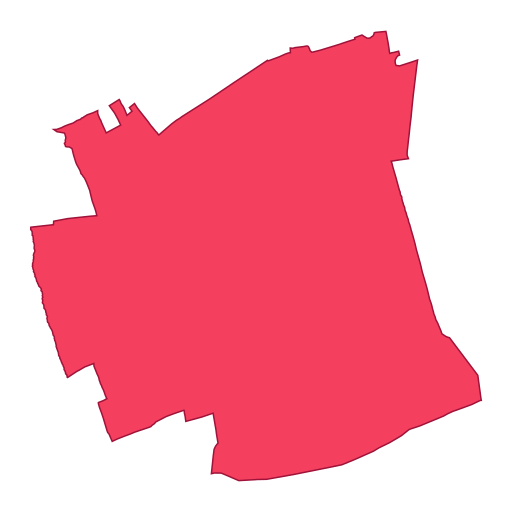 outline of Blagesti, Vaslui, Romania
{"feature_id": "2599482B88980175976939", "entity_name": "Blagesti", "entity_type": "district", "adm_level": 2, "iso_a3": "ROU", "parent_name": "Romania", "parent_adm1": "Vaslui", "projection": "orthographic", "projection_center": [27.999, 46.142], "detail": "fine", "context": "isolated", "style": "filled", "palette": "rose", "viewbox_px": 512, "rotation_deg": 0, "n_neighbors": 0, "source": "geoboundaries", "source_scale": "gbopen_adm2", "svg_char_len": 5792}
<svg xmlns="http://www.w3.org/2000/svg" viewBox="0 0 512 512"><path d="M481.3,400.4L481.1,399.5L477.8,375.3L449.5,337.7L447.7,337.2L445.8,336.4L441.9,333.8L441.1,331.3L438.4,324.9L437.8,323.3L435.9,319.8L435.0,316.5L433.9,314.1L433.4,311.7L432.6,309.1L431.7,305.2L430.7,302.0L429.7,299.4L427.3,289.4L425.6,283.2L422.2,271.7L421.1,266.8L420.2,263.2L416.4,249.7L415.0,243.6L413.8,239.2L412.7,235.1L412.2,233.7L411.8,232.0L411.2,230.3L410.6,227.6L410.1,226.3L409.9,225.1L408.7,222.0L408.2,219.4L406.9,215.9L406.0,212.5L405.0,210.2L404.7,207.6L403.5,204.8L403.2,203.4L402.7,202.0L402.2,200.3L401.8,198.5L401.8,197.1L401.5,196.2L400.8,195.4L400.3,193.8L400.2,192.6L400.0,191.6L399.4,190.3L395.9,177.4L392.9,167.2L392.0,163.5L391.2,161.2L400.2,159.8L408.5,158.7L408.4,158.3L407.9,157.4L407.1,154.9L407.2,151.3L407.7,147.2L408.4,140.7L409.3,133.0L409.9,126.8L411.0,117.8L412.1,106.2L413.2,95.7L416.9,64.9L417.6,60.0L411.1,62.2L399.3,66.0L398.5,65.7L396.1,65.5L395.3,63.4L395.1,60.8L395.6,59.1L396.7,57.2L397.8,55.8L399.6,55.1L398.6,51.2L393.5,52.5L391.6,52.8L389.8,53.4L389.4,51.9L388.9,47.9L387.9,41.7L387.3,38.8L386.7,35.3L385.9,31.4L375.3,32.4L374.2,32.8L374.1,33.6L373.5,35.1L372.6,36.3L371.4,36.8L370.8,37.6L369.1,38.2L367.0,38.1L363.6,36.1L362.0,35.0L355.1,37.5L354.6,37.8L355.0,39.2L347.4,41.6L336.9,45.1L320.2,50.2L311.9,52.3L310.4,51.0L310.0,50.4L309.5,48.9L308.7,47.2L308.2,46.4L307.3,46.0L306.5,46.0L303.4,46.6L295.0,47.6L293.8,48.0L292.1,48.3L290.8,48.0L290.2,48.0L290.4,52.7L289.8,52.7L288.3,53.0L285.2,54.1L279.5,56.7L268.7,60.7L268.1,60.8L267.5,60.3L234.2,82.4L209.0,99.4L181.8,116.7L180.0,118.1L176.7,120.1L172.0,123.6L158.8,135.0L158.1,134.2L156.9,132.5L155.8,131.5L152.6,127.5L150.9,125.6L147.9,121.4L137.4,108.1L134.5,103.5L129.4,107.6L132.0,111.2L127.0,115.4L125.2,110.8L123.9,107.9L122.8,105.9L121.9,104.8L121.0,103.3L120.0,100.8L119.2,99.5L109.3,105.7L114.5,112.9L118.0,119.3L120.7,125.1L106.2,132.9L102.0,123.6L101.4,122.2L100.9,120.6L99.7,118.6L98.7,116.1L98.0,114.5L97.8,113.7L97.7,112.4L97.7,110.6L93.2,112.7L87.2,114.8L83.7,117.0L83.1,117.6L82.1,117.8L81.5,118.2L81.0,118.8L80.1,119.5L79.3,119.6L78.4,120.1L77.0,120.5L73.2,123.0L68.2,124.7L64.4,126.2L61.5,127.7L56.7,129.4L53.8,129.5L56.9,131.7L64.3,133.0L65.0,134.2L65.5,136.4L65.9,137.6L65.2,140.5L65.4,141.7L65.2,142.5L64.4,143.3L64.6,144.0L65.1,144.7L65.4,146.2L65.6,146.5L66.5,146.8L69.2,147.0L69.9,147.3L71.9,148.6L72.2,149.3L73.6,155.2L75.7,162.0L76.6,164.3L79.8,170.1L80.5,171.9L80.8,173.2L81.0,173.7L82.4,175.1L83.1,176.4L84.2,177.7L84.9,178.9L86.7,182.8L89.5,189.9L89.9,191.2L90.2,192.7L91.5,198.1L92.2,200.9L94.0,206.0L95.0,208.7L96.1,212.5L96.8,215.7L89.3,216.3L67.6,218.6L53.7,221.2L53.4,224.7L30.8,227.2L30.7,229.5L31.9,231.1L32.2,232.1L32.1,233.1L32.4,233.7L32.1,235.1L32.5,235.5L32.9,235.8L33.1,236.2L33.0,236.8L33.3,238.4L33.1,239.1L33.5,239.9L33.4,240.8L33.2,241.5L33.9,242.9L34.4,245.2L34.1,248.0L34.2,248.8L34.9,250.2L34.5,252.5L34.1,252.8L33.8,253.7L33.6,254.2L33.5,254.7L33.4,255.5L33.8,256.8L33.7,257.2L33.5,257.7L33.7,258.9L33.2,259.9L33.4,261.1L32.9,262.7L32.5,263.9L32.5,264.3L32.8,265.3L32.4,265.9L32.3,266.1L32.8,267.2L33.0,268.9L33.7,270.5L33.7,271.1L33.5,271.4L33.5,271.7L34.3,272.8L34.6,273.3L34.5,274.1L34.9,274.5L35.1,275.0L34.9,276.1L34.9,276.4L35.3,276.8L35.4,277.4L36.0,278.1L36.2,278.9L36.7,281.3L37.2,282.0L37.5,282.4L37.6,283.1L37.8,283.7L38.3,284.3L38.4,284.5L38.4,284.9L38.7,285.4L38.8,286.1L39.7,286.9L40.1,287.4L40.5,287.7L40.8,288.2L41.3,288.7L41.4,289.0L41.0,290.1L41.1,290.8L42.2,291.7L42.2,292.2L42.3,292.5L42.3,293.3L42.6,294.0L42.6,294.9L42.3,295.4L42.3,295.9L42.9,297.1L42.8,297.4L42.3,298.0L42.2,298.5L42.2,299.0L42.8,300.2L42.6,300.9L42.6,301.6L42.4,302.4L42.4,302.8L42.5,303.1L43.0,303.5L43.8,305.0L43.9,305.5L43.9,306.3L44.0,307.0L44.0,308.3L44.2,308.6L45.0,309.2L45.5,310.1L45.6,311.0L45.8,311.6L45.8,312.0L45.9,312.5L46.4,313.3L46.4,313.6L46.2,314.1L46.4,314.6L46.4,315.0L46.8,315.3L47.0,315.9L47.4,316.3L47.4,316.7L46.9,318.4L47.3,319.8L47.5,321.9L47.7,322.3L48.6,323.1L48.9,323.9L49.2,325.7L49.9,326.6L50.4,327.9L51.1,328.8L52.2,330.9L52.5,331.9L53.1,334.7L53.3,335.4L54.1,336.3L54.3,336.7L54.4,337.4L54.2,338.1L54.2,338.4L54.6,339.4L54.8,340.7L55.2,341.1L55.4,341.7L55.9,344.2L56.3,345.0L56.1,346.1L56.2,346.8L56.6,347.6L56.8,348.7L57.3,349.4L57.5,350.5L58.1,351.8L58.5,353.6L58.7,355.5L59.0,356.0L59.4,356.5L59.8,357.3L59.8,357.8L59.8,358.3L60.9,360.2L61.4,362.1L62.0,362.8L62.0,363.5L62.3,363.9L62.4,364.3L63.1,365.2L63.3,366.3L64.1,367.8L64.1,369.7L64.4,370.1L64.8,370.4L64.9,371.1L65.3,371.6L65.4,372.4L65.6,373.1L65.6,373.5L65.7,373.9L66.0,374.2L66.4,374.3L66.7,374.6L66.7,375.0L67.1,375.8L67.1,376.3L67.2,377.3L67.4,377.5L67.6,377.5L76.7,371.5L78.6,370.4L78.7,370.5L84.8,366.9L93.8,363.5L94.0,366.2L97.1,374.0L98.5,376.9L98.7,377.9L99.1,378.6L99.1,379.5L99.3,380.3L100.0,382.0L100.4,383.5L101.4,385.4L101.8,386.5L102.2,387.6L103.2,389.5L104.2,392.0L104.7,393.6L105.2,394.8L105.4,395.7L106.0,396.6L106.3,397.9L106.9,398.7L103.3,400.6L98.5,402.5L98.3,402.7L98.4,403.6L99.5,407.5L101.6,413.1L103.3,418.2L107.0,430.6L107.6,432.2L108.1,433.0L108.9,433.8L112.2,441.4L117.5,438.9L124.6,436.1L130.1,434.1L134.6,432.2L149.7,427.1L150.8,426.6L152.3,425.1L154.6,423.5L155.7,422.0L166.3,416.5L174.6,413.4L183.8,410.3L184.1,410.3L184.2,410.6L184.4,413.1L185.1,416.2L185.8,421.4L201.9,417.0L213.1,413.2L216.0,430.1L216.5,434.1L218.0,443.2L216.8,444.5L215.4,446.5L214.1,449.3L213.3,455.5L211.4,473.7L214.5,473.0L221.3,473.1L238.8,480.6L256.2,479.6L256.8,479.5L266.7,479.3L295.7,474.1L341.8,464.8L354.0,459.8L373.4,451.2L379.2,447.7L389.5,442.7L397.5,438.0L401.5,435.6L409.0,429.6L410.7,428.9L419.6,426.0L441.8,416.8L443.3,416.2L447.6,413.8L453.0,411.3L456.8,410.0L471.8,404.5L479.7,400.7L480.6,400.4L481.3,400.4Z" fill="#f43f5e" stroke="#9f1239" stroke-width="1.5"/></svg>